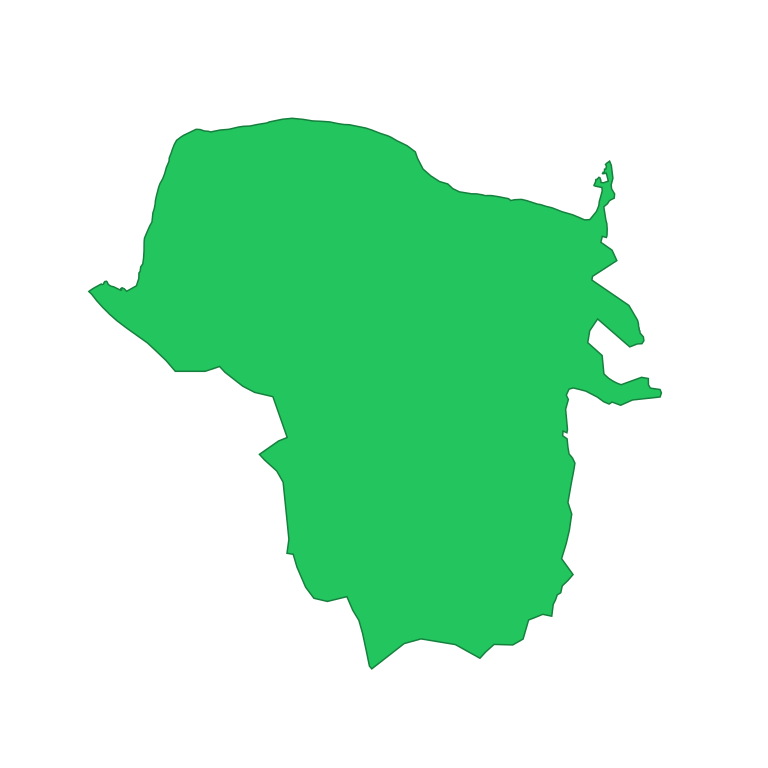 outline of Hong, Adamawa, Nigeria, rotated 348°
{"feature_id": "59680162B84612216171504", "entity_name": "Hong", "entity_type": "district", "adm_level": 2, "iso_a3": "NGA", "parent_name": "Nigeria", "parent_adm1": "Adamawa", "projection": "natural_earth1", "projection_center": [12.969, 10.288], "detail": "fine", "context": "isolated", "style": "filled", "palette": "green", "viewbox_px": 768, "rotation_deg": 348, "n_neighbors": 0, "source": "geoboundaries", "source_scale": "gbopen_adm2", "svg_char_len": 3947}
<svg xmlns="http://www.w3.org/2000/svg" viewBox="0 0 768 768"><g transform="rotate(348 384 384)"><path d="M653.5,450.4L652.9,446.8L643.7,443.4L642.5,439.8L643.7,433.6L637.3,431.0L615.8,434.0L612.5,431.9L610.3,430.2L608.2,428.4L605.0,425.2L601.2,419.9L603.3,401.5L591.9,385.9L596.3,374.7L606.5,364.8L632.1,398.8L640.1,397.5L644.7,398.2L647.2,395.7L647.5,391.9L645.1,387.4L645.3,385.1L644.8,384.1L645.2,382.5L645.0,380.5L645.4,378.3L645.3,374.5L639.9,358.1L609.0,325.6L610.3,322.1L637.4,311.7L634.9,300.5L625.6,290.5L628.2,285.0L632.0,286.9L632.5,286.1L633.2,284.4L633.8,281.9L634.5,279.1L634.9,276.2L635.3,273.4L635.1,269.9L635.5,262.6L635.8,256.5L637.8,255.3L640.0,254.2L642.6,251.6L644.9,250.8L647.8,250.1L649.1,246.1L647.2,240.5L647.6,236.5L650.7,230.3L651.8,217.4L651.0,212.9L647.9,214.3L646.3,215.3L646.9,217.2L645.6,219.9L644.4,219.7L643.9,221.4L643.6,222.7L642.3,222.5L642.2,222.9L641.5,223.4L641.8,223.9L643.2,223.9L644.5,224.1L645.3,224.0L645.6,232.2L640.5,232.8L638.2,232.0L638.4,229.5L638.1,227.6L638.1,227.2L637.2,226.5L634.9,228.1L633.8,228.0L632.8,230.5L630.8,233.1L630.7,233.6L632.1,234.5L638.0,237.1L637.6,240.4L635.1,245.4L632.6,250.1L631.1,254.4L627.7,259.4L619.5,266.0L614.4,265.2L603.9,257.8L593.8,252.4L590.2,250.0L585.0,246.6L578.4,243.4L578.2,243.2L574.3,241.0L573.0,240.5L572.7,240.4L571.4,239.9L561.7,234.3L556.9,232.0L550.1,230.9L546.2,230.9L544.3,228.6L536.6,225.3L536.5,225.2L529.0,222.3L527.8,221.9L521.9,220.7L520.0,219.6L514.2,217.3L509.3,216.2L497.7,211.7L491.9,207.2L488.0,201.6L480.4,197.5L473.0,190.1L466.9,181.9L463.7,170.1L462.9,163.5L459.1,159.1L458.1,157.9L456.1,155.7L449.0,150.1L447.4,148.9L442.5,144.4L439.6,142.2L432.9,138.3L431.9,137.7L431.5,137.4L429.9,136.4L425.1,133.2L419.3,129.8L403.8,123.1L398.9,121.9L393.1,119.7L385.3,116.3L377.6,114.1L373.8,113.1L373.4,113.0L368.8,111.8L360.1,108.4L349.4,105.0L339.7,103.9L326.1,103.8L323.9,104.3L313.5,103.8L306.7,103.8L299.9,102.7L294.9,102.4L290.1,102.5L285.3,102.6L285.2,102.6L276.5,101.5L266.8,101.4L264.8,100.3L261.0,99.2L257.1,96.9L253.2,95.8L239.6,99.1L236.7,100.2L231.8,102.5L228.9,105.8L225.9,110.3L224.0,113.6L221.0,118.1L220.0,121.5L216.1,127.0L213.2,132.6L210.3,137.1L206.4,141.6L204.4,144.9L200.5,152.7L198.5,157.2L197.5,160.6L195.6,165.0L193.6,168.4L190.7,177.3L187.7,180.7L184.8,184.7L182.9,187.4L180.0,191.6L179.0,194.8L178.0,199.2L176.9,204.1L175.0,210.8L173.0,216.4L170.4,218.8L168.9,223.1L167.4,224.4L166.1,229.8L162.2,236.5L151.5,239.8L149.7,236.8L147.7,235.4L146.4,236.0L146.9,237.3L146.1,237.7L139.9,232.8L137.0,231.4L135.3,229.6L134.8,228.7L134.5,226.7L133.7,225.7L132.3,225.9L132.1,225.8L131.8,226.1L131.1,226.7L131.0,227.2L130.5,227.8L130.2,228.0L129.9,228.1L129.1,228.1L128.2,227.4L120.5,229.7L117.5,230.8L116.1,231.4L114.5,232.1L116.7,235.4L120.5,243.2L123.0,247.5L125.1,251.1L128.5,256.2L130.2,258.9L136.0,266.7L143.8,275.7L161.2,294.7L169.0,305.9L175.8,315.9L182.5,328.2L211.7,334.4L226.8,332.7L230.9,339.5L245.3,356.7L255.7,365.3L272.7,373.3L278.2,416.2L269.0,417.8L247.5,426.9L251.3,433.4L261.0,446.8L264.9,459.1L260.5,499.8L259.1,512.2L258.7,516.1L253.9,529.4L259.8,531.7L260.8,545.0L265.1,566.5L270.9,579.0L283.4,584.9L303.5,584.3L306.4,598.8L310.3,610.0L311.2,623.4L311.2,642.4L311.1,653.9L311.1,656.9L312.8,660.1L349.7,642.1L367.1,641.0L399.6,653.7L420.8,672.2L427.8,667.2L437.5,661.6L455.7,666.0L467.0,662.4L476.4,644.9L476.5,644.9L486.5,643.2L491.4,642.3L499.8,646.0L503.7,634.8L506.9,630.8L509.6,626.3L513.5,624.9L516.4,618.5L523.1,614.4L529.3,609.7L521.4,591.8L529.1,577.9L534.9,565.6L539.8,552.3L540.6,550.4L539.3,538.1L546.8,519.5L549.8,512.4L552.1,506.9L554.3,501.1L553.0,495.6L550.5,490.9L550.8,483.7L551.7,475.7L548.0,471.7L549.3,467.3L552.8,469.7L554.0,466.7L555.0,458.5L556.4,446.5L561.1,437.5L560.0,432.8L563.9,427.5L568.3,427.2L575.1,430.5L579.9,432.9L589.8,441.0L595.3,447.1L600.0,450.4L603.4,449.1L611.0,454.0L623.8,451.3L651.4,454.1L653.5,450.4Z" fill="#22c55e" stroke="#15803d" stroke-width="1.5"/></g></svg>